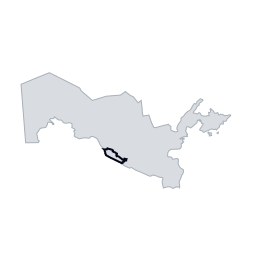 Karakul, Bukhoro, Uzbekistan shown in context, rotated 351°
{"feature_id": "79887680B39876155507460", "entity_name": "Karakul", "entity_type": "district", "adm_level": 2, "iso_a3": "UZB", "parent_name": "Uzbekistan", "parent_adm1": "Bukhoro", "projection": "albers", "projection_center": [63.154, 39.851], "detail": "fine", "context": "in_parent", "style": "outline", "palette": "ink", "viewbox_px": 256, "rotation_deg": 351, "n_neighbors": 0, "source": "geoboundaries", "source_scale": "gbopen_adm2", "svg_char_len": 4866}
<svg xmlns="http://www.w3.org/2000/svg" viewBox="0 0 256 256"><g transform="rotate(351 128 128)"><path d="M200.4,112.7L204.0,110.5L206.2,111.6L206.5,112.2L204.3,113.8L202.3,114.7L201.8,116.5L199.8,117.4L197.9,120.0L194.8,122.7L194.8,123.2L195.2,123.6L196.2,123.8L198.5,125.0L200.5,124.0L201.1,124.2L201.7,124.9L202.4,127.1L203.4,127.6L206.5,128.5L208.8,128.3L210.0,128.6L210.1,128.4L210.0,125.1L211.0,125.6L212.0,125.1L212.2,123.4L211.9,122.3L212.6,121.7L213.0,122.0L213.2,123.0L214.3,123.6L215.3,125.1L215.7,126.9L217.8,127.2L218.5,126.8L219.1,126.9L219.7,129.3L220.0,129.4L221.8,128.8L223.6,129.6L225.6,131.1L227.7,131.0L228.1,131.3L229.6,130.9L231.4,131.2L231.4,131.5L231.2,131.9L227.3,134.5L226.4,136.1L225.5,136.7L223.0,136.1L222.7,137.1L223.2,137.9L222.7,139.0L221.4,138.8L221.1,138.3L219.9,138.7L218.6,140.4L218.1,141.8L216.8,142.3L215.0,143.8L214.2,142.8L212.9,143.1L211.0,142.2L210.1,142.1L202.3,144.1L201.7,144.0L200.7,142.3L198.7,141.5L198.6,140.6L202.4,136.6L202.8,135.4L201.4,134.9L201.5,133.9L198.7,131.2L198.2,131.1L197.8,131.2L197.0,133.5L190.3,137.7L189.3,137.5L187.6,136.2L186.5,135.8L185.4,137.0L185.5,138.4L184.3,139.6L185.7,143.4L185.7,143.9L184.7,144.1L185.5,145.4L185.0,145.7L181.6,145.3L177.7,146.5L177.8,147.1L181.3,146.7L181.8,147.0L181.9,147.4L181.8,147.7L179.9,148.2L179.8,148.8L180.9,150.4L180.4,150.8L179.8,150.5L179.3,151.7L178.1,151.7L177.7,155.0L176.8,156.2L175.5,156.8L167.0,155.8L164.9,156.9L163.5,158.5L162.7,162.1L162.9,162.5L166.5,163.7L167.2,165.8L171.6,165.8L172.3,166.1L172.7,166.6L172.9,167.2L171.9,170.8L172.6,173.9L173.3,175.3L176.1,177.9L176.1,179.4L175.5,180.8L174.9,182.0L174.1,182.5L173.1,184.1L172.2,186.0L170.5,188.5L170.0,189.8L170.0,193.7L169.5,194.9L169.4,194.5L168.7,194.1L166.8,194.0L166.4,193.6L163.9,194.6L162.3,194.3L160.6,192.7L157.5,192.3L153.6,192.8L153.3,188.8L153.4,185.8L154.6,183.4L154.6,183.0L153.9,182.2L151.5,181.6L148.8,179.9L146.2,178.7L144.7,178.4L143.1,179.1L141.7,178.9L134.8,174.3L129.1,170.9L125.1,167.5L123.3,167.9L118.3,164.6L115.1,161.1L104.6,153.4L102.5,151.5L102.0,150.6L101.2,145.8L100.3,143.6L99.0,142.5L97.9,140.2L96.3,134.6L95.7,133.6L92.6,131.2L90.8,130.6L89.5,130.9L88.8,131.8L87.7,131.9L83.2,130.8L78.3,131.1L74.0,128.2L73.7,127.7L73.7,126.9L74.6,125.1L74.5,124.2L74.0,123.3L74.0,122.4L74.4,121.9L75.2,122.1L75.5,121.7L75.4,121.2L74.4,120.0L72.5,118.9L72.9,118.2L73.1,116.4L73.4,115.5L73.2,115.1L71.7,113.7L66.9,113.5L65.8,113.0L64.9,112.5L64.0,110.4L63.6,109.9L60.3,109.0L57.1,105.4L56.3,106.9L55.7,107.1L53.1,106.6L51.8,107.5L54.8,111.2L55.4,112.3L55.3,112.9L54.4,113.0L53.7,111.3L53.2,110.7L50.2,109.6L49.2,110.7L48.8,112.0L47.4,114.2L45.9,114.6L42.3,114.5L41.1,114.9L40.4,115.5L38.9,117.4L37.0,118.9L37.2,125.4L38.3,127.1L37.0,128.4L24.6,126.6L29.2,68.1L46.6,63.9L59.0,61.1L86.1,80.6L86.8,81.4L87.1,83.0L87.8,84.3L97.2,95.2L111.4,93.2L125.7,94.3L131.1,91.6L135.4,96.2L138.1,97.9L141.9,104.7L145.3,102.8L145.0,111.1L144.6,113.6L144.7,118.6L150.6,118.5L152.1,126.5L153.6,131.5L154.9,132.0L165.9,130.8L166.8,131.1L168.3,130.5L169.4,132.0L170.6,133.1L170.0,136.6L171.5,137.9L174.6,139.4L176.5,139.2L176.8,138.6L176.7,137.8L176.2,137.0L176.2,135.9L176.4,135.2L178.1,132.4L181.0,129.6L181.6,128.6L181.7,127.0L182.7,126.0L185.2,124.7L185.6,123.9L188.5,121.6L192.0,120.0L193.5,118.8L194.9,116.7L197.0,114.4L197.9,114.3L198.5,114.9L199.0,114.9L200.4,112.7ZM201.3,132.4L200.8,131.4L200.2,131.1L201.0,132.5L201.3,132.4ZM209.5,148.4L207.1,148.6L207.4,147.0L206.5,146.4L206.2,145.6L206.3,144.9L206.9,144.6L207.7,145.6L209.5,145.9L209.0,147.1L209.6,148.2L209.5,148.4ZM216.5,146.1L216.2,147.6L215.1,147.1L215.2,146.7L216.5,146.1Z" fill="#d9dde1" stroke="#a8b0b8" stroke-width="1"/><path d="M104.5,144.9L103.6,145.9L102.2,145.5L101.9,145.7L101.4,145.6L101.1,145.5L101.4,145.9L101.4,146.1L101.5,146.2L101.4,146.3L101.4,146.6L101.4,146.9L101.4,147.2L101.4,147.3L101.6,147.8L101.6,148.1L101.7,148.4L101.7,148.7L101.7,149.1L101.5,149.4L101.5,149.5L101.7,149.8L101.8,150.1L101.9,150.6L102.0,150.8L101.9,150.9L102.0,151.1L102.0,151.3L102.3,151.6L102.6,151.9L106.4,154.8L108.2,156.0L111.0,158.0L112.1,158.7L112.6,159.1L113.3,159.6L114.0,160.1L114.4,160.3L115.1,160.8L115.4,161.0L115.5,161.0L116.0,161.6L116.6,162.2L116.5,161.9L117.2,161.6L117.0,161.1L118.4,160.4L118.8,159.8L119.1,160.3L119.4,160.1L119.4,159.8L119.8,159.5L121.1,159.8L121.2,159.6L121.6,158.5L121.2,158.5L120.4,158.4L120.5,158.1L120.3,158.0L120.1,158.3L119.8,158.7L119.6,158.6L119.4,158.6L119.7,158.1L119.8,157.9L119.6,157.8L119.3,158.3L118.9,158.7L118.6,158.6L118.4,158.6L117.8,158.4L117.7,158.2L117.2,158.0L117.1,157.7L116.9,157.3L115.9,156.5L115.4,155.8L114.8,155.1L113.8,154.4L113.1,154.1L112.4,154.1L112.2,153.0L112.6,152.8L113.1,151.9L113.1,151.6L112.5,151.3L112.0,150.6L111.5,150.1L110.3,149.5L109.3,148.7L109.7,147.8L108.7,146.9L107.4,146.3L105.7,145.6L104.5,144.9Z" fill="none" stroke="#020617" stroke-width="2"/></g></svg>